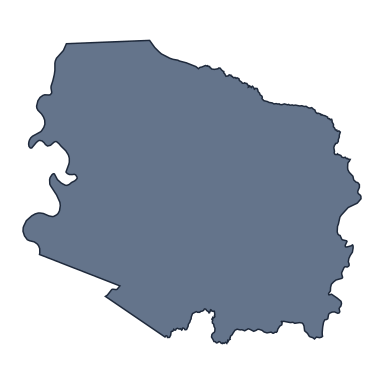 outline of Obando, Valle del Cauca, Colombia
{"feature_id": "7082276B70785210683383", "entity_name": "Obando", "entity_type": "district", "adm_level": 2, "iso_a3": "COL", "parent_name": "Colombia", "parent_adm1": "Valle del Cauca", "projection": "natural_earth1", "projection_center": [-75.925, 4.598], "detail": "fine", "context": "isolated", "style": "filled", "palette": "slate", "viewbox_px": 384, "rotation_deg": 0, "n_neighbors": 0, "source": "geoboundaries", "source_scale": "gbopen_adm2", "svg_char_len": 5937}
<svg xmlns="http://www.w3.org/2000/svg" viewBox="0 0 384 384"><path d="M347.0,241.5L346.6,240.8L342.4,239.8L341.8,239.3L340.1,235.5L339.1,235.2L337.9,234.1L337.2,231.9L337.5,226.4L338.4,224.0L339.9,217.2L341.2,215.2L348.2,207.5L357.3,203.1L361.0,198.8L360.9,196.3L360.4,195.3L358.2,193.5L357.7,192.0L357.9,190.8L359.4,187.4L359.4,184.6L357.8,182.6L356.0,182.1L353.7,179.9L352.9,176.2L349.2,172.3L347.8,169.6L347.6,167.5L347.8,163.4L348.3,162.3L349.2,161.4L350.2,159.4L348.2,159.2L347.6,158.4L346.5,158.6L345.2,157.2L343.7,157.7L341.8,157.1L340.9,155.5L338.9,154.7L338.0,154.6L337.6,153.8L336.7,154.5L335.4,154.5L334.9,154.3L334.3,153.2L334.2,152.5L334.5,151.4L333.8,147.6L334.5,145.3L335.5,144.1L335.5,143.5L337.2,143.1L338.3,141.4L338.3,139.7L339.3,137.0L339.3,135.2L340.3,132.1L338.9,130.9L337.6,131.3L337.0,130.9L336.8,130.0L335.4,129.9L334.6,128.1L333.4,126.8L333.5,124.4L332.0,121.8L332.2,121.2L331.7,119.3L331.1,119.2L330.3,119.8L329.3,118.6L328.4,118.7L327.9,118.3L327.6,117.1L324.9,115.7L323.0,115.3L321.9,114.6L321.4,115.0L320.8,114.8L320.6,114.0L317.9,113.1L317.3,113.5L316.8,113.3L315.5,111.9L314.9,110.0L313.3,109.1L312.1,107.9L311.4,107.6L310.1,108.1L308.4,107.8L306.1,106.3L304.1,106.5L301.8,105.7L299.8,106.0L295.6,105.1L293.5,105.4L292.2,104.9L290.6,105.2L289.4,105.0L288.7,104.4L287.6,104.8L284.4,103.9L281.8,104.7L279.9,104.5L279.1,103.8L278.0,104.1L276.3,103.6L273.9,103.9L272.2,102.9L268.9,102.4L267.6,101.6L263.9,100.7L262.0,98.7L262.3,97.2L261.9,96.1L260.0,94.7L259.6,93.2L258.1,91.6L257.8,90.0L257.1,88.5L255.6,88.3L254.4,89.2L253.8,87.8L252.5,86.2L251.9,86.5L251.3,87.5L249.8,85.9L249.2,86.8L248.3,87.2L248.6,85.6L247.5,84.7L246.9,83.5L245.6,83.3L244.6,82.8L244.1,83.3L242.3,83.2L241.6,82.1L239.4,80.5L238.9,78.7L238.5,78.5L237.0,77.8L236.1,78.4L235.0,77.4L233.7,77.8L232.8,77.2L232.4,76.4L231.5,76.4L230.9,75.1L230.3,75.3L229.2,74.8L228.1,75.9L226.0,76.3L224.5,73.5L223.7,72.8L223.8,71.5L223.1,71.3L221.6,70.0L220.1,68.1L218.7,68.0L217.9,68.8L214.3,69.4L211.6,69.0L210.7,67.9L210.0,67.6L209.6,66.5L208.9,66.6L208.3,66.1L207.7,66.2L207.4,65.7L206.8,66.0L205.5,65.5L201.6,67.1L200.1,67.3L198.4,68.7L195.9,66.6L186.3,62.8L179.4,61.0L177.9,60.2L172.9,59.3L169.7,58.2L161.4,53.9L159.1,51.9L154.7,47.5L149.6,40.4L66.4,43.7L63.4,50.5L56.5,58.2L55.3,61.0L54.9,63.2L54.9,70.2L54.3,74.6L52.8,80.9L51.1,86.1L51.0,88.0L51.7,92.0L51.6,93.1L50.3,94.7L49.1,95.0L44.7,94.8L42.9,95.4L40.1,97.4L37.9,100.8L36.6,106.1L36.8,108.0L37.9,110.2L41.6,114.0L43.5,117.0L44.7,120.2L44.9,124.2L43.8,127.4L41.6,130.8L40.7,131.7L32.5,136.2L30.7,137.9L29.5,140.0L28.9,141.9L28.6,144.1L29.0,146.4L30.3,148.0L31.7,148.0L36.4,142.4L38.6,140.6L39.7,140.4L42.0,140.9L44.1,142.7L45.5,144.6L47.5,146.0L50.5,145.3L54.0,142.2L55.2,141.6L56.5,141.6L59.0,143.7L61.1,146.2L65.8,150.8L68.3,154.8L69.0,157.0L69.3,158.4L69.3,162.2L68.8,164.3L66.0,171.9L66.1,172.3L67.4,173.6L69.3,174.5L72.2,174.6L74.2,174.3L75.6,174.8L77.0,177.0L77.2,178.2L76.3,179.5L74.7,180.9L71.5,182.5L69.3,184.4L66.9,185.4L65.2,185.2L61.3,183.1L57.4,179.6L54.4,173.9L53.3,173.7L52.0,174.7L50.1,177.6L49.6,179.6L49.8,184.1L50.6,185.8L56.6,195.0L59.9,202.3L60.3,205.6L59.5,210.8L58.0,213.6L56.7,214.8L53.8,216.4L52.4,216.6L48.9,215.9L43.4,213.5L40.0,213.0L38.3,213.0L35.2,213.9L31.8,215.8L26.4,220.6L23.7,226.2L23.2,227.7L23.0,231.3L24.5,235.9L27.3,239.7L29.5,240.7L34.3,241.9L37.5,244.2L38.8,246.2L39.7,248.6L39.8,252.9L39.5,254.5L119.9,285.9L117.1,289.3L116.0,289.6L112.8,289.2L111.8,289.5L107.4,295.1L105.4,296.4L165.0,337.0L165.7,336.0L166.5,335.8L167.0,336.0L167.5,337.5L169.5,337.4L170.7,335.1L171.1,331.8L171.4,331.4L172.7,331.3L173.8,329.3L174.5,330.1L175.2,330.2L175.7,329.9L176.3,328.7L177.5,328.3L179.2,329.1L180.3,328.7L181.7,330.1L182.2,329.6L182.3,328.4L183.0,328.0L184.0,328.4L185.1,329.8L186.6,329.5L188.1,326.3L188.3,324.4L189.9,322.0L190.3,320.3L191.1,318.9L191.3,316.9L192.5,313.6L196.3,311.6L197.5,312.3L199.8,312.3L200.5,311.4L202.0,311.2L203.6,310.4L204.2,309.2L204.8,308.9L205.9,309.3L206.6,310.5L208.3,311.6L209.0,312.9L209.6,312.7L209.7,311.8L210.1,311.4L210.5,309.9L210.8,310.1L210.7,311.3L211.4,310.2L212.2,311.1L213.1,311.4L214.1,311.1L214.4,311.4L214.8,314.6L214.4,315.3L214.9,316.2L214.5,317.3L213.9,317.1L213.5,317.9L212.7,317.4L212.4,318.8L211.9,319.0L211.9,319.4L212.8,320.0L212.3,321.5L212.4,323.0L213.7,324.2L214.0,326.3L215.0,328.4L214.8,331.2L214.2,332.4L212.8,333.3L211.9,334.5L211.5,337.0L213.2,339.9L213.9,341.5L215.3,341.7L216.4,342.9L217.6,342.7L218.8,341.6L219.7,341.7L221.1,343.1L222.3,343.6L223.0,342.8L224.0,343.4L225.7,342.3L226.8,343.4L227.3,342.2L228.0,341.8L227.6,341.4L227.7,340.3L228.4,340.7L229.2,339.8L230.2,339.3L229.8,338.2L230.2,337.8L230.5,336.2L232.3,334.6L232.6,333.8L234.9,330.3L237.1,329.2L240.2,329.9L241.9,329.7L244.7,330.8L248.2,328.8L250.1,329.4L253.7,331.3L256.0,330.4L257.5,329.4L258.9,329.3L262.0,330.3L264.1,332.0L267.0,332.9L271.1,332.1L272.8,333.2L273.6,333.2L275.0,332.2L276.4,332.3L277.2,331.4L277.8,329.2L279.7,326.2L281.8,324.8L282.1,322.9L281.4,321.5L281.8,321.3L282.6,321.6L283.7,321.3L290.4,322.6L292.9,322.3L294.7,323.3L299.6,322.6L302.1,323.0L303.1,324.0L304.0,326.0L304.6,330.8L307.5,333.4L309.2,336.2L310.0,336.8L312.7,337.6L314.5,339.0L316.4,337.1L319.6,337.7L321.7,337.1L322.6,336.2L322.3,335.2L322.2,332.5L322.7,327.0L323.6,322.1L324.8,319.8L326.6,319.5L327.8,318.7L328.6,314.3L329.5,313.3L332.0,312.1L334.5,311.9L337.8,313.3L339.1,312.9L339.8,311.8L339.1,308.5L339.9,307.1L340.7,306.4L341.3,304.6L341.5,303.3L341.0,301.3L337.2,298.1L331.5,294.2L329.0,294.9L328.7,294.6L328.6,293.4L330.4,291.0L330.6,287.3L331.4,284.2L333.6,281.9L336.0,280.0L341.7,278.4L342.4,277.9L342.6,277.2L341.8,274.6L341.6,272.9L344.0,267.6L345.0,266.7L347.3,267.0L348.6,266.2L349.1,265.4L349.1,263.9L348.3,261.9L348.8,258.6L350.2,255.5L352.4,252.2L353.1,248.0L353.1,246.4L352.9,245.3L352.4,244.9L351.2,245.8L347.2,246.9L346.1,247.0L345.4,246.7L345.2,245.3L347.0,241.5Z" fill="#64748b" stroke="#1e293b" stroke-width="1.5"/></svg>